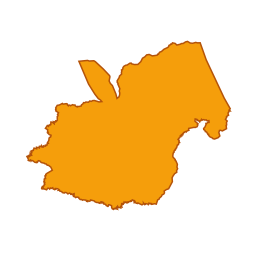 Katete, Eastern, Zambia, rotated 263°
{"feature_id": "96606910B8201415928290", "entity_name": "Katete", "entity_type": "district", "adm_level": 2, "iso_a3": "ZMB", "parent_name": "Zambia", "parent_adm1": "Eastern", "projection": "mercator", "projection_center": [32.014, -14.048], "detail": "fine", "context": "isolated", "style": "filled", "palette": "amber", "viewbox_px": 256, "rotation_deg": 263, "n_neighbors": 0, "source": "geoboundaries", "source_scale": "gbopen_adm2", "svg_char_len": 5743}
<svg xmlns="http://www.w3.org/2000/svg" viewBox="0 0 256 256"><g transform="rotate(263 128 128)"><path d="M197.8,103.7L198.9,102.3L199.2,97.7L200.0,96.1L200.2,87.4L176.4,94.2L165.7,99.2L160.8,102.1L159.1,104.1L157.4,105.2L157.4,102.5L159.4,98.0L159.5,96.3L158.9,94.7L159.5,93.4L158.4,91.9L158.9,89.3L158.3,88.2L158.6,87.0L157.4,86.1L156.6,84.6L155.6,84.3L155.3,81.7L155.6,80.7L155.1,80.2L156.3,78.4L157.3,78.2L157.4,76.8L157.9,75.9L157.1,73.6L157.8,73.0L157.9,72.0L157.3,71.5L158.2,70.7L159.2,70.7L159.7,69.7L159.6,66.5L160.4,65.9L159.2,62.7L159.1,60.5L156.8,58.7L156.2,58.9L155.2,58.4L154.7,58.8L153.8,58.4L151.6,60.9L150.0,59.7L149.4,60.2L148.6,60.0L148.1,59.2L144.4,58.8L143.8,58.2L143.9,57.3L143.3,57.5L142.8,56.9L143.2,55.5L142.8,55.8L142.5,55.2L141.3,55.2L143.0,53.5L143.3,52.2L140.9,51.8L141.0,51.3L140.3,50.8L140.6,50.5L140.3,49.6L139.3,49.3L140.3,48.2L137.7,46.0L136.1,48.1L134.6,47.7L133.5,48.3L133.1,47.5L130.9,49.2L130.3,50.7L129.9,50.7L128.4,50.0L128.2,48.9L127.4,48.4L125.3,47.9L123.5,46.5L122.6,46.9L122.7,46.0L121.0,45.6L121.0,44.2L120.5,44.4L120.0,43.8L120.6,42.0L120.3,41.2L119.5,41.7L119.3,41.3L119.8,40.0L121.0,39.8L120.3,39.3L120.6,37.9L119.1,37.6L119.7,36.8L119.5,36.1L119.9,35.2L119.5,35.3L119.3,34.5L118.6,34.6L119.5,32.3L117.3,31.3L117.5,30.8L116.8,28.8L116.1,29.7L115.1,29.4L115.1,27.8L114.4,27.8L114.4,28.4L113.7,28.7L113.5,28.1L113.2,28.8L112.6,29.0L112.7,27.1L112.2,27.4L111.5,26.3L111.5,25.8L112.5,25.6L112.1,24.2L109.0,25.4L108.1,25.0L107.4,26.1L108.1,27.4L107.1,27.7L107.5,28.0L107.2,29.4L105.3,31.4L104.8,32.9L105.3,33.3L104.9,33.7L105.2,34.1L106.5,35.0L106.1,36.3L104.3,37.7L103.2,40.7L102.6,41.2L102.2,42.5L101.0,43.2L100.6,44.6L98.6,46.6L97.4,47.0L95.3,47.7L92.9,42.1L92.0,40.7L90.7,40.7L90.5,39.7L89.2,40.0L88.1,39.4L87.8,39.7L87.6,38.7L86.2,38.4L85.6,38.7L85.0,38.0L84.0,38.7L83.7,38.1L82.3,38.6L81.7,37.7L80.9,37.6L80.6,36.6L79.4,36.5L80.1,35.7L78.8,34.9L78.0,35.2L77.8,37.2L76.6,39.7L78.0,41.0L77.9,42.1L76.9,42.8L77.9,43.9L77.4,44.6L77.9,46.0L76.7,46.2L75.8,47.6L76.4,48.1L75.9,48.6L76.1,49.1L76.7,49.0L76.3,50.8L75.4,51.8L74.7,51.2L74.7,52.4L73.8,52.5L72.9,54.5L71.9,55.0L71.2,56.8L71.7,57.4L71.6,58.2L71.2,59.2L69.9,60.3L70.5,62.1L69.8,63.1L69.1,63.1L69.0,63.6L69.4,64.1L68.3,65.2L68.4,65.8L69.3,65.9L69.4,66.5L67.1,66.2L67.0,65.5L66.7,65.6L66.3,66.7L65.3,67.5L65.7,68.9L65.1,70.6L64.2,70.7L62.8,71.9L62.8,72.9L61.9,74.1L62.2,74.6L61.5,77.5L60.3,77.9L59.9,78.9L60.7,79.1L60.0,80.6L60.4,82.0L61.1,82.1L61.0,82.5L59.7,85.6L58.8,86.2L57.9,87.8L57.5,90.1L57.0,90.1L56.7,90.8L57.1,91.0L56.9,92.2L57.3,91.8L58.1,92.2L58.0,92.6L57.8,93.1L57.3,92.9L57.5,93.6L57.0,94.7L55.6,94.6L54.9,96.6L53.8,96.8L52.6,98.5L52.9,99.0L52.6,99.4L53.2,99.0L54.2,99.4L54.0,100.4L52.9,102.2L50.9,102.1L49.7,102.6L49.1,103.5L49.7,103.7L49.3,104.9L49.8,105.1L48.9,107.2L50.2,106.4L51.5,107.9L50.4,107.8L50.4,107.5L50.0,107.8L50.4,108.2L50.1,108.6L50.6,108.9L49.5,111.1L50.8,111.2L50.4,112.3L51.7,111.9L52.4,112.8L52.9,112.3L53.7,112.5L53.9,112.9L53.0,114.1L55.0,115.1L54.2,115.7L54.8,116.7L53.7,117.8L54.0,118.8L54.6,118.4L54.8,122.1L55.4,121.9L55.3,122.7L55.8,122.9L56.1,123.9L55.2,124.4L55.2,125.4L54.5,125.9L54.1,125.2L53.1,125.0L53.1,126.4L52.4,126.9L51.9,128.3L52.4,128.7L50.0,132.5L50.9,134.3L51.5,134.3L49.9,135.2L50.1,135.9L50.8,136.0L50.7,136.6L50.0,138.6L49.5,138.8L50.2,139.6L50.8,139.6L50.3,141.5L50.0,141.1L49.3,142.2L49.6,145.1L49.0,146.8L53.1,148.7L53.5,150.1L54.7,150.8L56.0,152.8L57.4,153.6L58.1,155.5L59.2,156.3L61.0,156.2L62.2,158.5L62.7,160.9L69.3,165.5L73.2,165.7L74.7,166.7L77.0,168.7L78.1,171.0L79.7,171.0L81.6,172.3L83.2,171.8L85.9,172.6L89.6,171.5L90.1,170.9L91.0,171.0L93.7,169.1L94.7,169.0L97.6,169.8L98.4,170.8L99.4,170.8L100.5,172.4L101.1,172.7L101.2,172.4L102.2,173.4L102.3,173.0L102.3,173.7L105.2,175.0L105.3,176.0L107.4,176.8L107.4,177.4L108.7,176.9L109.3,177.2L110.5,176.3L111.0,177.1L111.5,177.0L112.2,178.3L113.3,178.9L113.7,178.8L114.1,179.4L113.5,179.8L114.2,180.1L114.0,180.6L114.9,180.5L114.8,181.3L115.2,181.4L114.9,181.7L116.7,182.6L116.7,183.6L117.1,183.6L117.5,184.8L117.1,185.4L117.5,185.5L118.4,188.2L119.1,187.9L120.2,188.2L120.6,193.7L120.3,194.7L120.9,196.8L122.4,197.6L122.9,197.3L123.6,198.0L126.6,195.3L128.8,195.8L128.1,197.6L127.6,198.0L127.1,197.6L126.7,199.0L125.4,199.9L126.3,200.3L126.3,201.1L127.0,201.5L126.8,202.3L127.4,202.3L127.0,202.7L127.1,204.3L126.5,205.2L126.5,206.7L125.5,207.4L125.5,209.2L123.7,209.1L123.8,207.8L122.9,206.6L123.0,205.9L122.3,206.0L119.7,204.6L118.3,203.0L117.2,203.0L116.2,204.2L115.0,204.3L114.5,205.5L111.8,206.6L111.9,207.2L110.6,207.3L109.3,208.2L107.8,210.6L107.0,211.1L106.5,212.6L107.4,216.3L108.9,218.2L112.4,217.6L114.4,218.5L114.5,219.4L113.6,221.3L115.3,225.7L118.6,225.7L119.0,226.3L121.5,226.4L122.8,227.3L124.7,225.8L126.7,227.3L127.4,227.2L128.5,229.4L129.7,229.0L131.2,229.4L131.6,230.0L132.7,230.3L132.4,230.5L132.8,230.8L132.6,231.4L133.6,230.9L134.7,231.8L146.0,227.1L186.2,213.9L203.8,210.0L204.0,207.4L204.7,205.6L204.2,202.6L204.7,200.2L206.7,197.6L206.4,195.5L205.2,193.1L205.3,191.1L204.8,190.3L204.4,186.6L206.2,185.1L207.1,182.5L205.9,181.6L206.2,180.9L205.6,180.5L205.0,178.7L203.9,178.3L203.1,177.3L201.8,173.3L199.9,170.6L199.3,168.5L197.5,167.2L197.7,166.5L196.7,165.8L196.6,160.9L198.4,158.0L198.3,155.4L196.6,153.4L195.5,150.9L192.3,148.8L189.9,145.6L190.2,142.1L191.3,139.3L192.0,139.1L192.1,137.8L190.6,134.8L190.6,133.5L189.8,131.5L188.7,130.4L187.1,130.0L186.3,128.6L185.6,128.9L183.8,128.2L182.3,128.2L180.6,125.9L179.2,125.4L176.2,123.0L174.5,122.9L173.5,123.6L172.8,123.3L168.0,124.7L165.7,123.8L163.8,124.1L161.8,123.7L160.0,122.8L158.7,120.7L163.3,120.1L172.0,117.7L174.4,115.9L177.0,115.0L181.0,116.3L182.2,116.1L189.5,110.7L197.8,103.7Z" fill="#f59e0b" stroke="#b45309" stroke-width="1.5"/></g></svg>